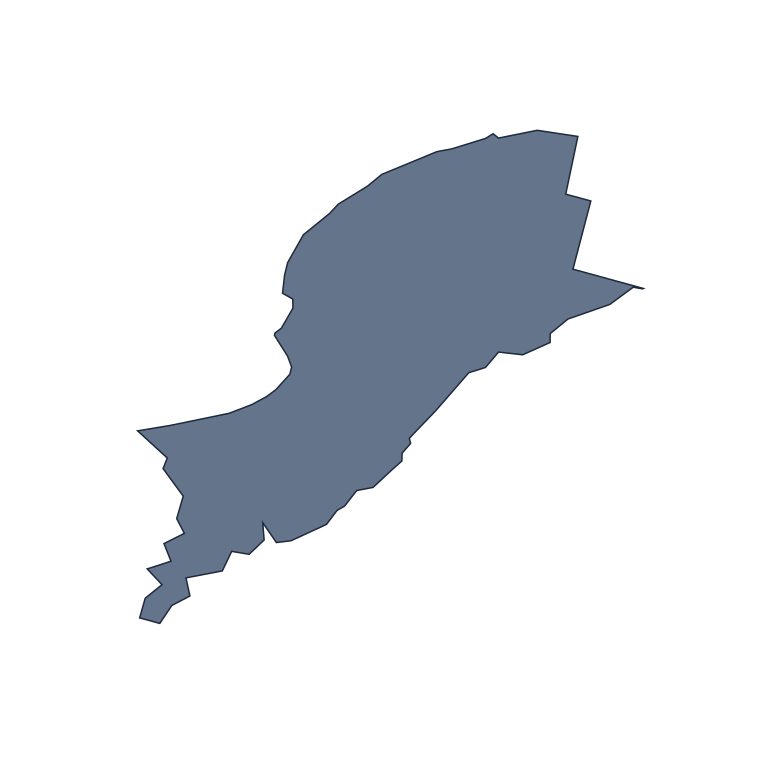 the district of Santa Cruz, California, United States of America, rotated 105°
{"feature_id": "52423323B68447963014117", "entity_name": "Santa Cruz", "entity_type": "district", "adm_level": 2, "iso_a3": "USA", "parent_name": "United States of America", "parent_adm1": "California", "projection": "equal_earth", "projection_center": [-121.926, 37.068], "detail": "fine", "context": "isolated", "style": "filled", "palette": "slate", "viewbox_px": 768, "rotation_deg": 105, "n_neighbors": 0, "source": "geoboundaries", "source_scale": "gbopen_adm2", "svg_char_len": 1105}
<svg xmlns="http://www.w3.org/2000/svg" viewBox="0 0 768 768"><g transform="rotate(105 384 384)"><path d="M673.2,559.5L673.3,538.6L652.8,531.6L639.0,516.6L622.5,525.1L606.4,491.8L585.1,487.8L583.4,470.2L565.7,459.4L549.4,465.2L565.0,446.9L559.5,433.3L534.5,403.2L518.2,396.6L512.2,390.5L494.0,382.8L486.7,367.8L464.8,354.1L453.7,346.8L446.1,348.6L434.5,342.9L429.8,345.5L395.8,326.8L351.1,305.0L341.8,290.3L323.5,281.6L319.9,257.6L300.9,234.3L292.3,236.5L273.6,223.1L248.7,186.5L226.0,168.3L225.2,158.8L224.6,158.1L224.2,231.2L153.7,231.6L153.6,257.6L94.7,260.8L99.3,301.7L116.8,337.0L114.0,343.4L120.3,349.2L139.4,379.5L145.9,393.1L182.0,440.3L197.2,451.2L222.1,474.7L233.5,480.8L260.7,500.5L289.8,508.0L291.8,508.5L304.6,508.2L322.6,505.5L325.6,494.1L334.3,491.6L356.7,497.6L363.0,502.5L365.4,502.4L382.0,484.4L391.6,477.6L399.0,477.5L417.5,487.0L426.8,494.4L438.2,506.5L452.3,525.9L479.5,580.1L493.0,609.9L511.6,574.2L522.9,575.5L544.3,548.9L567.7,549.4L579.9,538.2L595.1,555.2L610.3,543.9L623.9,564.9L635.3,546.5L652.7,559.2L673.2,559.5Z" fill="#64748b" stroke="#1e293b" stroke-width="1.5"/></g></svg>